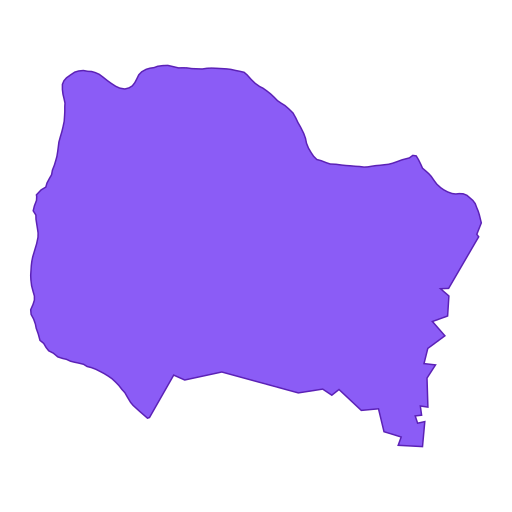 VIII-1 Ireng/Upper Potaro, Potaro-Siparuni, Guyana, rotated 270°
{"feature_id": "73187651B95779409673376", "entity_name": "VIII-1 Ireng/Upper Potaro", "entity_type": "district", "adm_level": 2, "iso_a3": "GUY", "parent_name": "Guyana", "parent_adm1": "Potaro-Siparuni", "projection": "orthographic", "projection_center": [-59.613, 4.894], "detail": "fine", "context": "isolated", "style": "filled", "palette": "violet", "viewbox_px": 512, "rotation_deg": 270, "n_neighbors": 0, "source": "geoboundaries", "source_scale": "gbopen_adm2", "svg_char_len": 2817}
<svg xmlns="http://www.w3.org/2000/svg" viewBox="0 0 512 512"><g transform="rotate(270 256 256)"><path d="M317.1,36.4L315.5,36.7L311.6,36.5L306.1,34.4L301.2,33.2L296.9,35.9L292.7,36.0L282.5,37.6L279.0,38.1L274.7,38.0L268.1,36.6L263.8,35.3L259.4,34.0L255.1,32.7L250.5,31.8L246.3,31.3L241.5,31.0L236.7,30.7L232.2,30.9L226.3,31.6L220.5,33.1L216.0,34.4L211.9,34.4L207.5,33.0L202.3,30.7L197.6,31.1L193.0,33.6L187.9,35.4L183.8,36.2L178.2,38.2L171.6,40.0L168.6,43.7L164.5,46.1L161.2,48.7L158.8,53.4L155.1,57.8L153.5,62.8L152.7,66.4L150.8,70.5L149.8,74.4L149.0,78.3L147.7,83.6L145.5,87.1L144.4,91.4L142.7,95.9L140.4,100.4L138.4,104.2L135.8,108.4L133.2,112.1L130.2,115.3L126.5,118.9L122.7,121.8L119.3,124.9L114.9,127.4L109.6,130.6L106.6,133.1L100.5,139.8L93.8,147.5L94.5,149.5L136.9,173.7L132.0,184.7L140.0,221.8L119.1,298.3L122.9,322.7L116.8,331.8L122.5,339.0L101.6,361.3L103.2,378.5L80.3,384.0L75.0,401.2L66.7,398.2L65.4,422.5L90.4,424.8L88.8,417.6L96.1,415.2L96.8,421.6L106.0,420.3L104.9,427.9L133.9,427.0L147.1,435.5L148.4,424.0L163.6,427.8L176.2,444.9L190.5,432.4L196.0,447.6L216.0,448.9L223.3,440.5L223.6,448.6L272.0,476.8L275.2,478.7L277.7,476.8L289.1,481.3L293.6,480.2L297.3,479.3L300.8,478.2L304.4,476.7L308.4,475.2L311.6,472.8L314.3,469.7L316.7,466.9L318.2,463.2L318.4,459.3L318.0,455.7L318.5,452.0L320.1,447.6L322.2,443.7L324.3,440.7L327.7,436.9L331.3,434.2L335.5,431.3L338.3,428.8L340.8,426.0L343.8,422.5L347.2,421.0L352.3,418.5L356.1,416.2L356.6,412.8L354.1,409.4L352.2,402.1L350.5,397.5L348.8,392.7L347.7,388.5L347.3,384.7L346.7,379.9L346.4,375.9L345.7,371.3L345.1,367.7L344.9,364.1L345.5,359.6L345.7,355.5L346.2,350.4L346.5,345.9L346.9,342.0L347.7,336.2L348.0,330.2L349.3,326.3L351.3,321.2L352.5,316.8L355.7,313.6L359.4,311.1L363.8,308.5L368.7,306.5L373.6,305.5L378.6,303.7L385.0,300.5L389.7,297.8L393.8,295.9L399.0,293.0L403.1,288.8L406.5,284.9L408.9,281.0L411.4,277.4L414.7,274.2L418.0,270.7L421.0,266.9L423.8,263.0L425.5,259.6L428.7,255.1L432.5,251.2L437.1,247.1L439.7,244.1L440.7,239.9L441.5,235.7L442.6,230.9L443.1,226.7L443.4,221.8L443.7,216.4L443.9,211.7L443.7,206.9L443.0,202.2L443.4,191.9L444.1,186.8L444.2,182.9L444.1,178.5L445.5,172.6L446.6,167.8L446.4,162.6L445.7,157.6L444.4,154.1L443.8,150.0L442.7,146.2L440.2,141.7L437.2,138.8L432.9,136.7L429.3,134.8L426.1,132.3L424.1,129.0L423.0,124.8L423.9,119.7L425.7,115.7L428.9,110.8L431.6,107.1L434.4,103.6L437.7,99.2L439.4,95.3L440.5,91.6L440.7,87.7L441.5,83.3L441.0,78.6L439.9,74.8L437.2,70.7L434.2,66.5L431.2,63.9L427.6,62.4L422.5,62.4L417.7,63.0L413.5,64.0L408.9,65.0L405.3,64.8L400.6,64.8L396.6,64.6L390.7,64.2L385.0,63.0L380.1,61.8L374.7,60.2L369.9,58.9L365.9,58.4L360.5,57.7L355.6,56.9L351.6,55.8L346.9,54.4L341.8,52.4L337.3,51.6L333.7,49.5L329.0,47.0L324.9,45.8L322.1,41.1L317.1,36.4Z" fill="#8b5cf6" stroke="#5b21b6" stroke-width="1.5"/></g></svg>